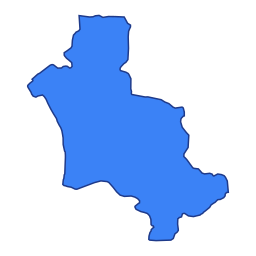 the district of Santa María Ixhuatán, Santa Rosa, Guatemala
{"feature_id": "79465075B67666952430364", "entity_name": "Santa María Ixhuatán", "entity_type": "district", "adm_level": 2, "iso_a3": "GTM", "parent_name": "Guatemala", "parent_adm1": "Santa Rosa", "projection": "robinson", "projection_center": [-90.258, 14.147], "detail": "fine", "context": "isolated", "style": "filled", "palette": "blue", "viewbox_px": 256, "rotation_deg": 0, "n_neighbors": 0, "source": "geoboundaries", "source_scale": "gbopen_adm2", "svg_char_len": 2622}
<svg xmlns="http://www.w3.org/2000/svg" viewBox="0 0 256 256"><path d="M76.9,189.2L94.5,182.6L100.9,180.9L107.2,181.6L109.0,182.6L113.2,187.4L116.6,191.8L120.1,195.1L124.3,196.4L131.2,196.0L134.9,197.1L137.6,198.6L139.6,200.8L139.5,202.9L138.5,203.4L135.1,206.2L134.9,206.9L135.6,208.5L136.1,209.3L140.9,211.6L144.2,212.4L147.4,213.5L149.5,215.7L150.9,219.4L151.1,224.6L152.2,225.7L153.3,226.0L153.8,227.2L151.3,229.5L151.1,230.9L150.0,232.5L149.0,236.1L148.8,239.4L149.7,240.1L156.0,240.6L170.9,240.1L173.3,238.5L174.9,233.9L177.2,232.1L178.3,230.4L178.2,228.8L177.6,224.1L177.8,218.8L178.6,218.3L179.1,217.6L181.5,216.9L182.4,213.9L183.2,213.5L184.7,213.4L188.4,215.9L193.5,216.6L200.1,215.0L201.1,214.1L202.6,213.4L203.6,212.2L205.6,210.7L209.6,207.4L211.1,204.9L213.7,203.1L215.0,202.4L217.7,199.7L220.4,199.4L223.7,197.7L225.1,195.9L225.2,194.1L225.8,193.4L226.5,192.5L228.3,192.3L227.3,181.0L225.4,177.2L224.1,175.7L221.5,174.6L217.7,174.0L213.9,176.0L213.0,175.6L212.2,174.2L209.8,173.3L204.6,173.9L202.1,173.1L198.4,168.9L193.7,168.3L192.6,167.6L186.8,159.6L185.8,158.5L183.8,156.5L184.0,153.7L184.6,152.9L186.0,150.7L188.1,147.5L188.8,135.2L186.4,132.6L183.1,128.4L182.2,127.2L180.6,121.9L180.9,119.1L181.5,118.0L183.4,116.1L184.3,115.9L184.3,112.0L183.3,108.1L182.8,107.5L182.0,107.1L175.2,108.1L173.0,107.1L168.9,103.6L164.8,102.0L161.2,99.7L147.9,96.9L145.1,97.0L131.9,94.5L131.3,93.6L131.5,91.5L130.8,88.9L130.9,78.7L128.9,74.5L128.2,73.5L125.9,72.2L120.5,70.6L120.0,69.4L120.2,68.0L121.1,66.6L123.8,63.7L125.9,62.3L127.9,59.6L128.5,48.4L128.2,36.8L128.6,31.3L129.7,28.6L130.5,26.9L130.5,25.1L127.6,23.3L124.2,17.0L115.1,16.6L108.5,16.5L102.9,17.4L99.1,15.4L95.3,15.8L93.0,16.8L89.6,17.0L79.1,15.6L80.0,29.2L78.8,30.8L76.0,32.2L75.1,33.4L73.5,35.1L72.4,40.2L72.0,46.2L71.0,47.9L66.8,51.0L64.2,52.7L64.2,55.1L64.7,56.0L66.5,58.2L68.6,59.9L71.7,62.6L72.1,66.4L70.8,67.8L69.6,68.0L67.3,66.3L65.7,66.1L63.2,66.5L61.5,68.0L57.7,68.1L53.7,65.0L53.0,64.7L52.1,64.6L51.2,64.8L50.5,65.1L49.6,65.6L49.0,66.1L48.2,66.7L39.7,73.2L37.8,74.1L32.1,79.2L32.6,79.6L32.9,80.5L32.6,81.1L29.9,83.2L28.0,85.1L27.7,85.7L27.7,86.6L28.0,87.3L28.4,88.0L31.1,92.4L31.6,94.0L33.2,96.2L35.9,97.1L37.9,96.0L42.5,95.0L44.3,96.6L46.1,99.3L47.9,103.4L50.8,109.1L53.5,113.8L56.5,118.6L57.3,121.4L59.3,125.3L60.7,127.6L61.6,129.9L61.9,130.8L62.5,134.1L63.1,137.9L63.2,144.6L64.6,151.1L65.2,151.9L65.4,155.2L65.4,157.7L64.8,173.9L64.2,174.9L64.0,177.1L63.8,178.7L63.4,179.4L63.1,181.3L63.0,182.7L62.8,184.4L63.9,185.5L65.7,185.9L67.3,186.5L69.4,186.9L71.2,187.2L75.1,189.1L76.9,189.2Z" fill="#3b82f6" stroke="#1e3a8a" stroke-width="1.5"/></svg>